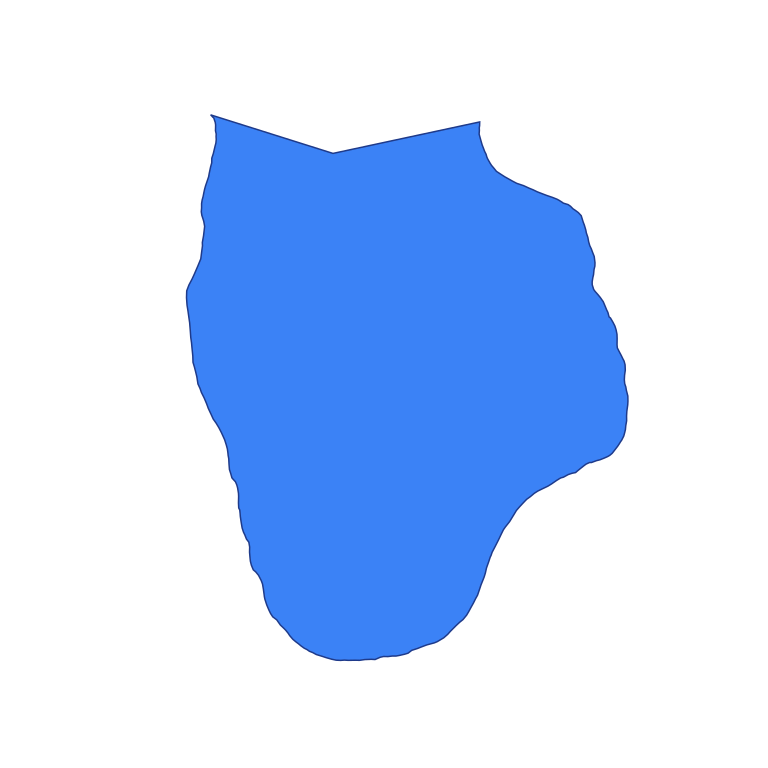 the district of South Miladhunmadulu, Maldives, rotated 17°
{"feature_id": "70690204B143324726132", "entity_name": "South Miladhunmadulu", "entity_type": "district", "adm_level": 2, "iso_a3": "MDV", "parent_name": "Maldives", "parent_adm1": "", "projection": "natural_earth1", "projection_center": [73.322, 5.821], "detail": "fine", "context": "isolated", "style": "filled", "palette": "blue", "viewbox_px": 768, "rotation_deg": 17, "n_neighbors": 0, "source": "geoboundaries", "source_scale": "gbopen_adm2", "svg_char_len": 4046}
<svg xmlns="http://www.w3.org/2000/svg" viewBox="0 0 768 768"><g transform="rotate(17 384 384)"><path d="M139.5,177.3L140.7,177.9L142.5,179.0L143.5,179.4L144.7,181.2L146.1,183.1L147.2,185.4L147.9,187.8L148.8,191.1L150.4,193.9L151.1,196.6L152.1,199.3L152.8,202.8L152.9,205.6L153.1,208.9L153.4,213.7L153.3,218.4L154.6,222.9L154.7,227.0L155.3,233.9L155.7,237.1L155.5,243.4L155.4,246.7L155.5,250.3L155.8,253.9L156.2,257.6L156.3,261.2L156.8,264.8L158.1,269.0L158.9,272.7L160.5,276.0L162.2,278.4L164.1,281.2L166.4,285.7L168.1,295.1L168.9,301.8L170.0,304.9L170.9,310.4L172.2,317.9L171.5,325.4L171.0,329.8L170.5,334.3L169.8,339.5L168.5,346.4L168.1,352.6L169.9,359.2L172.6,366.2L175.1,371.3L177.8,377.1L180.2,382.2L183.3,390.0L185.6,396.0L187.9,400.9L189.7,405.3L193.0,413.2L195.0,419.1L197.8,423.3L200.3,427.4L202.9,431.8L206.1,438.4L209.5,442.2L211.8,445.4L216.0,449.8L220.1,454.7L223.2,458.8L227.1,463.1L231.0,467.5L234.9,470.5L238.8,474.0L242.7,478.0L245.8,481.5L247.9,483.9L251.0,488.4L253.2,491.9L254.9,495.6L255.8,497.8L257.4,500.9L259.2,505.9L261.2,511.0L263.5,514.3L266.0,518.2L267.7,519.3L270.5,520.9L272.7,523.5L274.4,526.2L276.8,531.1L277.8,533.9L279.6,540.3L281.3,545.0L282.9,546.7L284.3,550.0L285.3,552.6L287.5,557.3L290.4,563.1L292.9,566.7L295.1,569.1L297.8,572.5L301.0,574.8L303.2,579.2L304.6,584.2L306.7,589.4L308.0,592.5L310.1,596.0L313.3,599.9L316.3,601.2L319.9,603.6L324.1,607.9L326.3,610.8L328.6,615.4L330.4,619.3L331.8,622.4L333.0,624.6L336.5,629.6L340.0,633.8L342.7,636.7L345.7,639.2L350.4,640.9L352.8,642.8L355.4,644.8L360.0,647.1L362.0,648.2L365.1,650.3L367.4,652.2L371.5,654.8L375.0,656.3L378.1,657.4L380.9,658.6L385.0,660.0L388.1,660.5L390.8,661.4L394.5,661.7L398.3,662.5L404.5,662.5L408.7,662.6L414.3,662.5L419.0,662.1L423.3,661.0L426.9,659.6L430.7,658.7L437.1,656.6L441.4,655.4L446.3,653.1L452.3,651.0L456.0,650.1L460.3,646.4L463.3,644.7L467.5,643.5L471.5,641.7L475.1,640.6L478.2,639.0L482.7,636.4L485.7,634.4L488.4,630.6L493.4,627.1L496.9,624.3L501.2,621.0L503.9,619.3L507.9,616.8L510.3,614.8L513.2,611.6L515.3,609.3L518.1,604.8L519.8,601.1L523.5,594.1L525.9,589.9L528.4,586.2L530.6,580.9L531.6,576.7L532.4,572.7L533.6,567.1L534.3,562.8L535.2,558.6L535.3,555.4L535.4,552.3L535.5,547.8L535.9,543.0L536.2,539.3L536.2,535.1L535.8,530.0L536.1,523.1L536.2,518.3L536.5,516.8L536.6,513.3L537.8,506.9L539.1,499.5L540.0,493.4L540.8,488.5L541.8,485.4L544.4,478.7L546.6,470.2L547.6,466.2L549.6,461.7L551.2,458.4L554.1,452.6L556.9,448.9L559.6,444.7L562.3,441.5L565.8,438.2L570.6,433.8L573.5,430.5L577.3,425.7L580.4,422.2L582.9,420.6L586.7,416.7L590.1,414.3L593.1,412.7L594.4,410.6L596.4,407.6L598.8,404.1L600.7,401.5L603.5,399.0L605.4,398.4L609.6,395.2L612.6,393.4L616.1,390.6L619.1,388.0L620.7,386.3L622.4,383.7L623.1,382.0L625.7,375.1L625.8,374.7L626.5,372.4L627.0,370.4L627.7,368.3L628.5,363.7L628.4,360.1L628.2,357.0L627.4,353.2L626.8,348.3L625.3,343.6L624.2,339.1L623.2,332.8L622.3,329.1L620.7,324.2L617.7,319.3L616.1,316.1L614.1,313.3L612.6,309.7L611.5,305.3L610.7,300.2L608.9,295.1L606.9,291.9L604.9,289.9L602.6,287.4L599.6,284.4L596.6,281.3L595.4,278.4L593.7,272.5L592.3,268.4L590.1,264.3L587.9,261.1L585.0,258.1L581.3,254.7L579.6,254.0L577.2,250.1L575.4,248.2L572.2,244.3L569.6,241.2L565.5,238.0L562.5,236.0L558.9,233.8L556.9,232.3L554.1,228.2L553.2,225.4L552.6,221.2L552.4,218.1L551.4,213.2L551.2,209.6L550.3,206.3L547.7,200.5L545.3,197.5L543.0,194.5L542.7,194.1L540.3,191.5L538.1,188.1L536.1,184.2L533.3,180.3L532.0,177.8L529.3,173.7L527.0,170.7L523.4,165.4L519.8,163.3L516.2,162.0L513.5,161.2L510.4,159.5L507.6,158.6L502.6,158.6L501.5,158.2L497.9,157.2L495.5,156.7L490.7,156.3L487.6,156.2L484.3,156.1L480.0,155.8L474.4,155.4L469.9,154.7L465.5,154.3L459.6,153.5L456.2,153.4L452.3,153.3L447.5,152.4L443.4,151.5L438.8,150.5L434.2,149.2L429.4,147.8L426.3,145.7L422.9,143.5L421.0,141.9L417.4,138.5L416.1,137.0L414.4,134.4L412.2,132.1L410.6,130.0L408.0,126.7L405.7,123.2L403.6,119.9L401.9,117.2L401.1,113.7L400.2,111.1L399.9,109.0L398.9,105.4L267.8,178.4L139.5,177.3Z" fill="#3b82f6" stroke="#1e3a8a" stroke-width="1.5"/></g></svg>